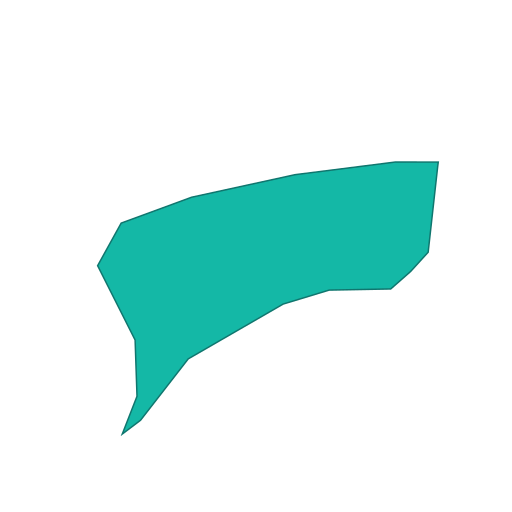 the Municipality of Hodoš, rotated 240°
{"feature_id": "SVN-201", "entity_name": "Hodoš", "entity_type": "Municipality", "adm_level": 1, "iso_a3": "SVN", "parent_name": "Slovenia", "parent_adm1": "", "projection": "orthographic", "projection_center": [16.307, 46.822], "detail": "fine", "context": "isolated", "style": "filled", "palette": "teal", "viewbox_px": 512, "rotation_deg": 240, "n_neighbors": 0, "source": "natural_earth", "source_scale": "10m", "svg_char_len": 394}
<svg xmlns="http://www.w3.org/2000/svg" viewBox="0 0 512 512"><g transform="rotate(240 256 256)"><path d="M168.7,51.2L194.0,82.8L243.7,109.3L326.8,114.0L351.9,155.7L339.1,229.6L306.9,330.5L267.7,423.7L246.2,460.8L243.2,458.5L173.2,407.0L165.3,382.2L160.1,356.2L189.9,302.3L200.8,255.5L200.8,145.9L171.5,73.9L168.9,53.1L168.7,51.2Z" fill="#14b8a6" stroke="#0f766e" stroke-width="1.5"/></g></svg>